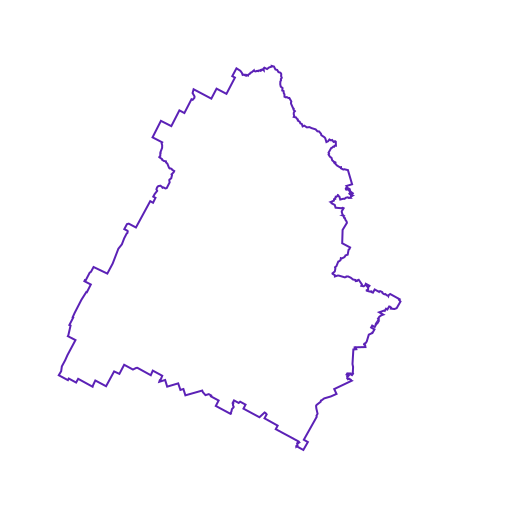 outline of Maranoa, Queensland, Australia, rotated 21°
{"feature_id": "25037944B80919931419893", "entity_name": "Maranoa", "entity_type": "district", "adm_level": 2, "iso_a3": "AUS", "parent_name": "Australia", "parent_adm1": "Queensland", "projection": "albers", "projection_center": [148.678, -26.394], "detail": "fine", "context": "isolated", "style": "outline", "palette": "violet", "viewbox_px": 512, "rotation_deg": 21, "n_neighbors": 0, "source": "geoboundaries", "source_scale": "gbopen_adm2", "svg_char_len": 6104}
<svg xmlns="http://www.w3.org/2000/svg" viewBox="0 0 512 512"><g transform="rotate(21 256 256)"><path d="M369.7,420.1L371.1,411.1L366.5,410.4L370.3,384.4L369.7,383.5L370.0,381.2L366.9,376.6L365.8,374.4L365.9,373.4L368.6,368.9L368.4,367.7L369.0,367.2L370.7,364.5L376.2,360.3L380.6,355.9L376.7,352.2L390.0,338.2L389.3,338.1L389.0,337.6L386.8,337.2L386.0,338.1L384.9,337.4L384.9,336.6L384.3,335.8L385.1,335.2L385.4,334.3L384.8,334.2L384.5,334.9L384.1,334.0L383.1,334.1L383.3,332.9L386.6,331.7L386.9,332.0L386.5,332.2L386.6,332.5L388.3,332.8L388.8,331.0L388.2,330.3L386.4,324.8L384.8,322.3L380.4,308.4L383.0,307.1L382.5,306.6L381.9,306.7L381.3,305.8L380.9,306.2L380.8,305.9L390.8,301.8L389.8,300.1L388.6,299.9L388.5,299.1L389.7,297.7L390.0,296.0L389.5,289.0L391.8,286.6L391.9,286.1L392.3,286.1L392.9,282.1L389.1,281.5L389.4,279.3L392.3,279.7L392.7,276.7L392.2,276.6L392.5,274.8L393.5,275.1L393.9,272.7L393.0,272.6L393.3,270.9L392.4,270.7L392.9,268.5L394.3,266.4L395.8,265.1L391.2,264.4L395.2,261.0L395.9,261.1L396.3,258.6L397.8,258.9L398.4,255.4L399.1,255.3L400.7,255.8L400.8,256.8L404.2,255.9L406.0,254.3L407.2,246.7L405.3,245.7L405.6,244.9L394.9,243.4L393.8,245.1L393.9,246.0L393.5,245.7L392.3,245.8L390.4,245.2L390.1,245.6L389.1,245.7L387.4,245.3L386.8,244.5L384.6,244.3L383.7,244.8L383.7,245.4L378.8,244.7L378.3,248.3L376.6,248.3L376.3,247.7L374.7,248.5L371.8,248.7L371.6,248.3L372.6,247.0L372.1,245.4L370.6,244.5L372.5,243.7L372.6,243.1L368.5,242.6L368.6,243.8L367.4,245.7L365.0,246.1L365.1,244.6L360.4,241.4L359.7,242.0L359.3,243.1L358.1,243.7L357.5,242.7L355.0,243.2L352.3,242.3L349.3,242.1L347.7,242.7L347.5,243.4L346.6,244.1L340.5,244.6L339.4,244.9L337.0,246.8L336.6,245.7L333.9,245.2L333.6,244.8L335.1,242.2L334.6,239.3L333.8,238.2L334.7,236.8L334.8,231.7L335.7,230.9L336.4,229.3L336.0,227.6L337.0,227.5L338.6,225.8L339.2,224.7L339.3,223.4L341.1,221.9L340.2,217.0L340.7,216.2L340.8,214.3L331.9,213.2L327.5,200.6L329.0,192.5L328.2,191.3L326.4,190.1L325.5,188.8L324.6,188.8L323.2,187.1L322.6,187.1L323.1,186.8L322.0,186.4L320.3,184.2L320.0,183.5L320.7,180.0L319.7,179.9L318.6,180.8L313.0,182.4L311.2,180.1L307.6,179.7L307.4,178.9L306.4,178.8L308.9,176.4L308.5,175.0L309.5,174.3L309.1,173.6L309.5,172.6L309.2,172.0L310.7,170.9L310.6,169.8L311.0,169.8L311.8,170.6L312.6,170.7L314.4,173.1L316.9,171.3L318.2,170.9L319.0,169.4L320.7,168.3L321.7,168.6L323.5,167.8L323.1,167.6L323.2,166.9L324.4,165.2L322.9,165.5L322.6,164.5L323.9,163.3L324.0,162.8L322.3,162.3L321.7,163.9L321.1,164.5L320.8,164.3L321.4,163.0L318.7,160.9L318.9,160.6L320.1,160.8L319.4,159.9L316.5,159.6L316.2,160.1L316.8,161.6L316.3,161.7L315.7,161.1L316.0,158.3L315.5,158.1L320.0,154.6L310.6,142.3L310.7,142.9L307.2,143.4L306.5,144.0L303.9,143.7L303.5,142.6L302.5,143.1L299.2,142.5L297.1,141.5L296.7,140.2L296.0,140.1L295.6,140.8L294.5,139.9L292.9,139.4L291.3,137.3L289.4,136.8L287.4,135.3L287.6,134.4L286.7,133.6L287.5,128.3L288.2,127.7L288.8,126.4L289.8,126.0L289.8,124.9L291.1,124.4L289.5,120.7L288.6,120.5L288.3,121.3L287.6,121.7L285.5,120.4L284.6,121.2L282.8,120.9L282.2,123.0L280.9,124.4L278.4,121.2L277.3,120.6L273.7,119.8L272.9,118.6L270.2,117.1L268.7,117.6L266.3,116.4L262.0,116.7L259.8,116.5L257.4,117.7L254.3,117.0L253.1,118.3L251.4,116.3L249.9,116.3L248.7,115.0L246.5,114.6L246.1,113.5L244.9,113.2L243.7,112.3L241.4,112.6L241.5,111.6L240.3,109.9L240.0,108.9L239.9,108.1L240.4,106.8L238.8,106.1L238.2,105.4L238.3,104.9L237.4,104.5L234.4,101.5L233.8,100.7L233.6,99.1L230.5,96.5L229.7,96.9L227.8,96.6L227.1,97.2L225.5,97.1L224.6,94.8L223.7,94.2L222.6,92.1L221.2,92.1L220.6,89.7L218.4,89.0L217.1,87.0L216.2,84.4L216.4,83.0L215.8,81.9L216.2,80.4L214.9,79.0L214.7,77.9L214.0,76.6L212.7,76.1L211.1,76.3L209.1,74.7L207.3,74.9L204.9,72.7L202.5,72.9L202.8,73.6L200.7,75.2L199.3,77.5L196.3,77.2L195.9,78.2L196.7,79.9L195.5,79.4L194.9,80.2L194.6,79.9L193.7,80.6L193.8,81.5L192.6,81.6L191.7,82.2L191.8,82.6L190.3,83.0L189.6,83.8L187.8,84.0L187.5,83.5L186.0,86.3L185.2,86.8L185.0,88.0L183.8,89.5L183.9,90.4L182.6,90.4L182.8,90.7L182.2,91.3L180.5,90.9L180.2,91.3L179.3,91.1L178.6,91.7L177.1,90.0L175.0,88.7L170.5,87.8L169.4,96.6L172.4,97.0L170.3,115.2L159.2,113.9L157.9,125.1L138.0,122.7L138.4,126.6L141.4,129.0L141.8,130.4L140.9,132.9L139.6,132.8L137.9,148.2L132.3,147.5L130.4,165.1L118.8,163.9L116.9,182.3L127.7,183.5L127.5,184.6L128.7,186.2L129.6,188.7L129.6,193.6L130.1,194.0L129.9,194.6L130.8,196.9L130.3,197.8L130.3,198.4L133.5,199.2L133.8,199.8L136.0,200.3L138.0,199.9L138.5,200.9L140.1,201.5L143.2,204.8L144.0,205.2L144.5,204.9L146.0,204.9L146.7,205.5L149.2,206.0L149.1,207.4L147.9,210.0L148.6,210.5L149.0,213.9L147.9,215.6L147.8,216.2L149.0,218.2L148.3,224.6L147.2,225.4L145.1,225.1L144.3,225.8L143.5,225.2L141.6,224.6L139.7,225.8L139.1,227.3L139.1,229.4L140.4,230.6L139.2,234.5L138.8,237.4L141.3,237.7L140.8,243.2L137.6,242.7L133.7,272.4L125.6,271.4L124.1,272.5L123.4,278.1L127.0,278.5L127.4,278.9L127.7,280.6L127.2,281.4L126.6,286.7L126.6,293.2L124.9,298.5L124.9,314.4L123.5,325.7L108.3,324.5L107.6,329.9L106.7,331.2L105.7,340.0L104.9,339.9L104.8,341.0L112.0,341.8L111.1,350.4L110.5,350.4L108.7,359.4L107.1,374.0L106.8,378.9L107.4,379.0L106.5,387.3L107.8,387.4L109.2,397.2L109.1,398.3L117.6,399.2L115.5,416.0L115.2,421.8L114.3,428.6L115.4,433.4L114.6,438.0L124.9,439.3L125.1,437.5L133.4,438.6L134.0,434.4L150.3,436.6L150.2,434.9L150.6,429.8L162.7,431.3L164.9,414.6L170.7,415.0L171.9,404.8L181.8,406.1L184.3,403.4L185.3,402.9L200.5,405.0L200.7,400.0L211.4,401.4L211.3,405.2L210.7,406.3L210.8,408.1L215.6,404.3L219.9,409.8L229.0,402.8L233.4,408.1L235.9,406.2L240.0,411.4L254.0,400.9L255.2,402.2L258.7,404.0L261.4,401.9L264.2,402.3L264.2,403.2L272.9,404.3L272.2,410.4L288.8,412.5L289.1,412.1L288.6,411.5L288.8,410.0L288.4,407.6L289.3,405.3L289.1,404.6L288.3,404.0L287.7,403.0L287.6,401.5L286.9,401.5L287.2,398.7L292.5,399.4L293.4,397.7L299.5,398.5L299.0,403.0L317.0,405.3L320.1,399.0L321.2,399.2L322.7,400.0L322.1,404.5L337.0,406.6L336.5,410.6L362.4,413.9L362.8,414.2L362.2,414.4L361.8,415.2L362.5,415.6L361.7,416.5L362.6,417.9L361.7,419.1L362.0,419.7L362.4,419.1L369.7,420.1Z" fill="none" stroke="#5b21b6" stroke-width="2"/></g></svg>